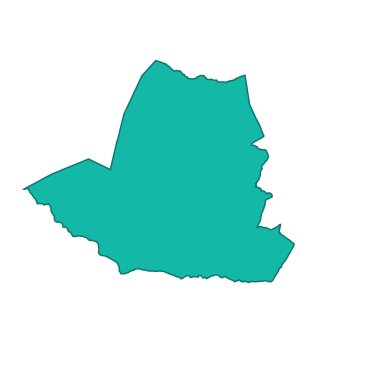 Mudzi, Mashonaland East, Zimbabwe (Robinson projection), rotated 226°
{"feature_id": "62879985B77595643638308", "entity_name": "Mudzi", "entity_type": "district", "adm_level": 2, "iso_a3": "ZWE", "parent_name": "Zimbabwe", "parent_adm1": "Mashonaland East", "projection": "robinson", "projection_center": [32.554, -17.05], "detail": "fine", "context": "isolated", "style": "filled", "palette": "teal", "viewbox_px": 384, "rotation_deg": 226, "n_neighbors": 0, "source": "geoboundaries", "source_scale": "gbopen_adm2", "svg_char_len": 5960}
<svg xmlns="http://www.w3.org/2000/svg" viewBox="0 0 384 384"><g transform="rotate(226 192 192)"><path d="M311.7,257.4L310.4,236.8L295.2,197.0L281.1,174.6L281.0,173.9L264.8,148.8L287.6,140.5L290.4,133.2L298.0,114.4L302.6,102.4L305.7,91.3L305.7,91.1L310.9,73.0L310.5,73.2L310.0,73.9L309.6,74.9L309.1,75.7L308.6,76.1L307.5,76.3L304.8,75.3L303.0,75.0L301.1,75.2L297.9,74.4L295.6,74.4L294.3,74.0L291.5,72.8L290.6,72.8L289.7,74.3L288.8,74.9L286.9,76.7L285.8,76.6L285.4,76.6L285.1,77.0L285.0,77.7L283.6,79.5L282.7,80.4L281.6,80.6L280.0,80.2L278.9,79.3L277.6,78.8L276.8,78.0L275.0,76.9L270.5,76.2L269.0,75.1L268.5,74.5L267.8,73.8L266.4,73.4L265.3,73.5L264.6,73.7L264.1,74.0L263.3,75.0L262.3,75.8L261.4,76.3L260.1,76.6L258.5,76.4L256.6,75.0L256.2,75.0L255.9,75.3L254.8,76.5L254.3,76.8L253.1,77.1L251.6,76.7L250.1,75.9L248.8,75.8L247.8,76.5L247.3,76.7L246.8,76.5L245.4,76.3L244.8,75.9L243.8,75.7L242.7,75.6L241.9,76.3L240.7,77.8L240.2,78.2L240.1,79.2L239.4,79.7L239.3,80.0L235.7,82.8L235.6,83.0L234.9,83.1L233.0,84.1L231.9,84.4L228.7,84.6L227.7,85.2L227.7,85.5L225.1,87.6L224.7,87.6L223.9,88.2L221.2,88.8L220.9,88.7L220.2,88.7L215.0,85.0L214.4,83.8L213.6,83.0L213.3,82.6L213.0,82.5L211.1,82.2L210.7,82.4L210.1,82.4L209.5,82.7L205.6,85.6L203.5,86.1L202.8,86.5L196.8,88.1L196.1,88.4L195.7,88.4L195.0,88.7L195.0,88.9L192.0,88.8L190.0,87.9L189.6,88.0L187.4,86.4L185.7,84.9L182.3,84.2L182.1,84.5L181.3,85.3L181.0,85.8L179.8,87.1L179.2,88.2L178.8,89.5L178.2,90.4L178.2,91.3L177.9,92.8L177.6,93.3L177.0,94.0L176.8,94.9L176.0,96.3L175.8,97.6L175.6,98.2L174.1,100.2L173.3,100.9L170.7,102.1L167.9,104.5L166.3,105.3L165.0,106.2L162.7,108.7L161.0,110.0L158.9,112.0L158.7,112.7L157.2,114.3L153.9,116.9L152.8,117.1L150.6,118.3L147.9,119.2L146.0,120.3L144.2,121.5L142.6,121.6L141.4,122.2L140.2,123.5L139.6,123.8L138.8,123.9L137.9,123.5L137.5,123.6L136.6,124.7L136.5,125.5L136.3,125.8L135.9,128.9L135.3,130.3L134.4,131.4L133.6,131.8L132.0,131.5L131.7,131.5L131.4,131.7L130.8,132.5L130.4,133.8L130.0,134.4L129.4,135.0L128.7,135.3L128.1,136.1L126.4,137.5L126.6,138.0L127.0,138.8L127.0,139.1L126.6,139.6L125.7,140.2L124.9,140.4L124.2,140.4L123.0,140.1L122.3,140.3L122.0,141.7L121.7,142.2L120.8,142.0L120.4,142.5L119.9,142.3L119.5,142.5L119.3,142.9L119.2,144.0L118.6,145.2L118.5,146.8L117.7,148.3L116.7,149.7L116.2,151.4L115.5,152.0L114.6,152.8L111.2,153.3L109.6,153.9L109.0,155.1L108.7,155.9L108.8,156.6L108.2,157.1L106.4,157.4L104.7,158.1L103.2,158.6L102.6,158.9L101.1,159.5L100.5,159.9L99.8,160.1L98.3,160.2L97.7,160.6L97.5,161.0L97.0,162.4L97.2,162.9L96.6,163.2L96.2,163.5L96.2,164.3L96.1,164.6L95.7,165.0L94.0,165.0L93.5,165.3L92.8,166.1L91.7,166.4L91.4,166.6L91.5,167.5L91.3,167.8L90.0,168.7L88.4,169.5L87.2,170.3L86.7,172.2L85.5,173.5L84.8,173.9L83.8,174.8L83.7,175.1L82.0,176.9L80.2,179.4L78.9,180.6L78.5,181.5L78.0,182.0L77.7,182.7L77.1,183.4L76.6,183.8L75.4,184.1L74.3,184.8L73.6,185.8L72.4,186.5L72.5,188.3L72.3,189.2L73.0,190.6L73.5,192.5L74.0,194.4L74.5,197.2L75.1,199.2L75.5,199.7L76.1,200.6L75.8,201.1L76.2,202.6L75.9,204.3L76.6,204.7L77.3,207.3L78.0,211.7L78.7,214.7L79.7,217.9L80.6,221.4L81.4,223.3L82.2,226.9L82.7,227.9L84.0,229.5L86.3,229.0L89.3,228.8L90.3,228.5L95.0,227.5L96.5,227.4L97.6,227.0L98.7,227.0L99.9,226.5L100.2,226.5L100.8,226.9L100.9,226.4L101.1,226.4L101.4,226.8L101.9,226.5L102.3,226.4L102.7,226.6L102.8,226.9L103.3,227.3L103.5,228.0L103.8,228.5L104.7,229.5L105.2,230.5L105.8,231.0L105.8,231.3L106.0,231.5L106.2,232.0L106.5,232.3L106.7,232.8L107.3,233.0L107.5,232.6L107.7,231.2L107.7,230.0L107.8,228.8L108.1,228.1L108.2,227.3L109.9,222.5L115.0,220.3L116.3,218.9L116.5,218.9L117.7,218.0L118.7,217.9L119.4,217.6L119.6,217.3L119.8,216.5L120.5,215.9L121.0,214.8L121.4,214.3L123.2,219.1L123.9,221.4L126.3,224.3L128.5,227.7L129.8,231.2L132.1,235.5L135.1,239.4L132.9,246.0L133.5,247.0L134.0,247.1L134.3,247.5L134.9,247.7L135.4,247.7L135.7,247.4L137.2,247.3L137.5,247.1L137.6,246.8L138.1,246.4L138.8,245.5L138.9,245.1L138.6,244.6L139.3,244.7L139.8,244.5L140.8,244.5L141.7,244.7L142.0,244.4L143.1,244.2L144.1,242.9L144.4,242.6L144.8,242.7L145.9,243.7L146.3,243.4L146.7,243.3L147.3,243.3L148.1,243.5L148.7,242.5L149.2,242.7L149.9,242.6L151.2,241.3L152.0,241.6L151.9,242.5L152.1,242.9L152.9,243.4L153.2,243.2L153.5,243.2L153.7,243.5L153.3,243.9L153.9,244.7L153.9,245.9L154.4,247.2L154.4,248.4L154.9,249.1L154.8,249.8L155.7,250.7L156.5,252.5L157.2,253.1L158.1,254.4L158.6,254.7L159.0,255.1L159.3,256.3L159.7,257.0L159.8,257.7L160.2,258.8L160.4,258.8L161.9,259.9L162.1,260.1L162.4,260.7L162.5,261.3L162.2,263.2L162.7,264.5L162.9,265.3L162.8,267.6L163.4,269.6L163.9,271.0L164.5,271.7L167.2,273.1L167.6,273.1L169.3,273.9L170.3,274.0L171.4,273.9L174.3,271.4L177.0,269.8L177.4,269.7L177.9,270.0L179.1,270.2L182.5,269.0L183.5,268.0L184.1,267.7L184.3,267.7L184.8,268.0L185.1,268.3L185.2,269.7L182.1,282.1L182.5,282.8L184.8,283.4L186.0,284.1L186.9,284.3L191.1,286.2L194.8,287.6L200.8,289.2L214.9,294.2L239.2,311.2L240.7,308.3L241.0,307.5L241.6,306.3L242.0,304.5L242.6,303.6L242.7,302.2L243.3,301.7L243.3,301.1L243.0,300.3L243.0,299.6L243.6,299.4L244.4,298.7L244.9,297.2L245.3,296.5L246.0,295.9L246.3,295.3L246.4,294.2L246.6,293.8L248.9,291.2L249.6,290.8L250.9,289.3L252.9,287.5L253.1,287.1L253.3,287.0L254.3,287.3L255.5,287.3L257.2,285.2L258.7,284.8L259.1,284.6L260.1,283.7L261.4,282.0L262.3,281.2L262.7,281.1L263.1,281.4L265.8,281.2L267.1,281.4L267.8,281.1L268.2,280.6L269.2,279.8L270.0,278.5L270.3,277.4L270.9,276.5L271.2,274.6L271.1,273.2L271.8,272.6L272.5,271.3L273.1,270.9L273.9,270.0L275.4,268.7L276.2,268.2L276.2,268.3L277.1,268.3L277.7,268.5L278.4,268.4L279.8,267.4L280.5,267.6L281.2,267.4L281.6,268.0L281.8,268.1L282.5,267.6L283.5,267.2L286.0,267.5L286.4,267.7L288.3,267.0L288.5,266.4L288.9,265.8L289.4,265.7L290.0,265.5L290.6,264.4L290.8,263.8L291.5,263.2L292.7,262.9L293.9,263.0L296.1,262.6L298.4,262.8L299.5,262.3L302.5,262.0L305.2,260.6L308.1,259.2L308.6,259.1L309.8,258.2L310.9,257.5L311.7,257.4Z" fill="#14b8a6" stroke="#0f766e" stroke-width="1.5"/></g></svg>